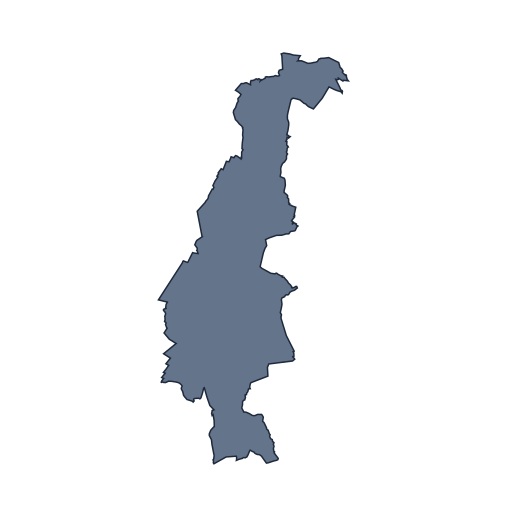 outline of Jiménez, Michoacán, Mexico, rotated 107°
{"feature_id": "50627088B65655240179591", "entity_name": "Jiménez", "entity_type": "district", "adm_level": 2, "iso_a3": "MEX", "parent_name": "Mexico", "parent_adm1": "Michoacán", "projection": "natural_earth1", "projection_center": [-101.709, 19.934], "detail": "fine", "context": "isolated", "style": "filled", "palette": "slate", "viewbox_px": 512, "rotation_deg": 107, "n_neighbors": 0, "source": "geoboundaries", "source_scale": "gbopen_adm2", "svg_char_len": 6037}
<svg xmlns="http://www.w3.org/2000/svg" viewBox="0 0 512 512"><g transform="rotate(107 256 256)"><path d="M405.0,309.8L403.8,309.0L404.0,307.7L403.5,305.5L401.3,303.0L400.5,299.9L399.9,295.7L399.8,293.4L400.0,291.9L400.8,290.1L401.8,288.8L402.3,288.6L403.9,288.8L404.9,288.6L407.2,286.4L410.3,284.6L411.3,283.4L413.4,280.1L413.5,274.3L414.1,273.4L412.7,272.8L411.7,273.6L410.9,273.7L410.2,273.0L408.8,269.4L409.0,267.9L407.9,267.2L403.0,267.1L397.7,267.4L397.1,266.9L404.9,261.9L412.5,256.4L415.4,251.2L416.6,252.8L418.5,252.4L419.3,252.5L421.4,251.3L420.3,250.6L425.5,248.0L431.3,246.0L431.9,246.5L435.8,248.3L439.5,248.7L441.3,248.2L444.7,244.9L449.1,243.0L459.3,237.6L463.1,237.1L463.6,237.5L464.6,236.6L466.2,236.4L467.0,235.5L456.9,225.8L453.2,216.3L453.9,215.8L456.2,215.1L457.2,215.0L455.5,213.0L453.5,209.8L452.6,209.3L452.2,208.3L452.2,207.4L450.7,205.9L449.9,206.0L449.7,205.7L449.2,205.6L444.4,205.1L443.4,204.8L444.0,202.4L444.1,200.6L444.8,199.8L445.2,198.6L445.4,196.6L445.0,195.0L445.2,193.9L445.7,192.4L451.0,185.5L450.3,184.0L446.7,178.9L445.4,176.6L444.3,175.5L443.0,175.6L439.0,181.1L438.4,181.4L437.9,181.0L437.3,182.0L434.9,183.1L432.8,183.1L430.8,184.4L429.3,184.2L428.8,184.9L428.7,185.8L426.8,186.8L426.4,188.7L424.4,190.3L422.8,190.2L422.2,191.2L419.0,193.5L418.6,195.0L417.0,195.9L412.9,199.7L412.2,201.3L408.0,201.9L406.4,203.5L405.9,204.4L407.0,208.1L408.9,210.3L409.4,211.8L409.5,213.2L408.7,216.0L408.3,219.3L408.4,220.9L408.9,221.9L405.5,225.2L402.2,225.4L399.1,226.3L397.6,225.6L396.9,224.7L394.1,224.8L393.6,225.3L391.8,225.7L391.4,224.6L389.6,224.8L388.3,224.2L385.3,224.3L384.6,222.7L383.4,223.7L380.0,224.1L378.6,223.8L367.4,209.5L359.2,212.5L355.5,212.2L345.7,190.3L343.3,188.8L342.2,190.3L341.4,192.0L341.5,191.1L340.8,190.4L337.8,191.5L336.6,192.5L336.2,191.7L335.8,191.7L323.2,203.8L308.2,213.9L306.8,214.2L306.5,214.5L305.7,214.3L304.7,214.5L304.1,215.0L304.0,215.5L303.5,215.6L303.1,216.2L297.9,216.6L294.4,217.1L290.2,219.0L288.6,219.0L286.5,216.7L285.2,216.5L284.1,215.5L284.0,214.4L283.7,213.9L282.5,213.3L280.9,213.1L279.2,211.6L277.5,209.2L274.5,207.1L273.2,208.2L273.7,209.4L274.1,209.5L274.7,210.1L275.9,211.8L275.9,212.7L275.1,212.7L273.6,214.6L272.4,217.1L271.0,218.5L268.9,222.1L268.2,222.8L268.6,224.7L268.3,224.9L267.4,224.7L267.6,226.7L267.0,229.8L266.4,231.2L266.7,232.0L267.5,232.6L268.2,236.8L266.1,246.7L265.1,248.9L250.7,249.9L245.9,249.6L243.0,248.8L237.5,251.7L234.6,248.4L230.3,242.5L228.7,237.7L226.8,234.6L226.3,234.2L225.2,231.1L222.5,230.2L220.6,226.3L219.8,225.9L216.2,225.4L215.1,224.6L214.9,224.8L214.8,226.2L214.0,226.8L213.9,227.2L213.5,227.0L213.3,227.9L213.3,229.0L213.7,229.6L214.7,230.5L214.1,230.8L213.6,230.7L213.6,230.3L212.8,229.9L211.9,232.3L207.3,230.5L207.0,231.4L205.7,230.9L205.3,231.5L204.9,231.6L197.7,232.2L197.6,236.1L197.3,236.6L197.2,238.4L196.8,239.5L196.1,239.0L195.7,239.5L195.6,240.1L195.1,240.6L193.9,240.8L192.0,241.5L191.6,241.8L191.1,242.9L190.8,243.2L189.4,243.2L188.7,243.8L187.3,246.9L187.1,247.7L185.9,248.1L179.7,248.6L174.9,250.5L173.4,251.7L173.0,256.0L171.8,256.3L168.7,256.6L165.4,257.9L163.1,258.1L160.0,257.7L158.3,256.8L157.9,256.3L154.6,255.3L153.9,255.3L151.6,256.1L149.4,255.9L149.3,255.7L148.9,255.9L148.6,256.7L147.4,257.4L146.6,257.1L143.7,257.7L142.8,257.3L142.2,257.6L142.1,257.2L141.6,257.7L141.1,258.9L140.5,259.2L137.5,259.9L137.6,261.0L135.4,260.5L135.4,260.8L133.3,260.9L133.7,259.3L132.8,259.1L132.7,258.7L131.8,258.2L131.7,259.7L130.8,261.6L131.0,262.0L126.3,262.2L121.1,263.0L118.6,263.8L116.4,265.5L115.8,266.0L112.3,267.1L108.1,267.5L96.2,268.2L95.4,267.6L94.7,267.4L94.6,266.8L94.2,266.5L93.9,262.9L93.9,259.5L96.0,254.6L96.0,253.1L96.7,251.9L97.8,249.5L98.6,244.1L85.8,238.8L72.9,235.6L73.8,230.4L74.1,227.5L74.1,222.7L75.1,221.2L73.1,221.5L72.6,222.1L72.4,223.5L70.5,225.0L63.7,231.4L63.5,229.4L63.0,228.9L61.8,229.3L63.3,224.0L62.4,223.8L61.5,218.9L60.4,220.5L57.5,222.3L57.2,222.3L57.0,223.3L56.5,223.1L56.5,224.5L55.2,227.0L54.2,227.2L53.7,226.8L51.6,229.2L51.3,230.5L46.8,233.5L45.0,244.5L46.9,248.6L48.1,252.0L48.7,252.4L49.0,253.3L52.1,254.2L53.4,255.8L54.0,257.4L54.4,257.9L55.6,260.1L56.6,262.7L56.0,269.4L57.1,273.0L56.4,272.5L55.0,273.1L51.5,272.2L52.9,279.0L52.9,282.7L53.8,288.8L55.4,291.0L57.2,289.7L69.6,285.1L71.6,288.1L73.6,288.2L74.4,288.0L75.1,287.2L76.5,286.3L77.5,287.5L77.8,288.9L77.7,289.9L77.9,290.4L79.3,291.9L79.6,293.0L81.1,296.3L81.5,298.5L82.2,299.4L83.3,299.2L86.3,302.2L86.0,302.5L87.3,303.1L86.5,303.2L85.7,304.1L85.7,305.2L86.3,306.0L86.8,305.9L86.5,307.5L87.2,308.4L88.0,308.7L88.8,310.2L89.2,310.3L89.6,312.0L91.0,312.2L93.9,311.3L93.1,315.5L93.5,316.9L94.7,318.3L95.4,320.5L103.5,324.1L104.4,320.7L105.8,317.6L107.9,318.0L110.7,319.3L112.6,318.6L113.1,318.1L115.1,318.8L120.1,318.9L123.3,319.9L125.5,319.6L131.6,315.5L132.9,313.0L134.6,310.6L135.7,308.0L137.0,306.2L137.4,306.4L139.1,305.3L144.2,304.2L146.3,303.1L152.2,302.1L157.5,300.8L157.9,299.6L159.0,299.6L160.0,300.0L161.2,300.0L166.2,298.5L166.1,299.0L167.6,298.7L166.0,303.1L165.9,304.8L167.5,305.7L168.0,305.6L168.5,305.9L168.4,308.8L170.4,308.9L173.8,309.4L174.1,312.0L183.1,312.7L182.7,314.8L187.6,316.5L188.3,315.8L191.1,316.7L191.5,315.6L196.3,317.1L201.3,317.8L202.7,316.3L204.8,316.6L204.8,317.4L212.4,319.0L214.0,318.7L215.5,318.8L218.7,320.2L219.5,320.2L230.4,325.3L253.1,313.3L253.2,313.0L258.3,317.1L259.7,317.5L263.2,317.8L265.7,314.5L267.6,314.0L267.9,314.3L269.1,313.1L270.6,312.1L271.3,316.3L271.3,317.6L282.0,319.4L282.2,319.7L281.9,324.0L282.6,324.4L284.0,324.4L326.5,336.5L326.0,327.3L328.5,327.8L331.8,327.3L332.4,326.7L333.7,328.5L334.7,328.8L335.8,327.5L335.5,327.2L335.7,327.3L336.2,326.7L337.6,325.5L340.5,325.6L340.8,325.3L344.0,324.2L345.2,324.4L345.7,323.8L345.7,323.2L345.9,322.7L346.5,322.4L348.0,322.5L350.9,320.3L351.0,319.9L356.5,321.4L361.0,314.5L363.0,306.8L376.5,315.8L378.7,308.0L385.3,310.6L385.4,310.2L385.5,310.3L386.1,307.5L390.7,309.0L394.4,310.5L394.6,308.6L399.8,310.7L400.1,308.5L402.8,309.6L405.0,309.8Z" fill="#64748b" stroke="#1e293b" stroke-width="1.5"/></g></svg>